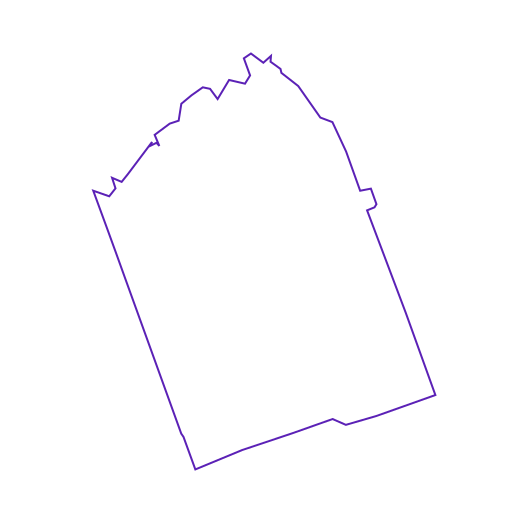 Copiah, Mississippi, United States of America, rotated 250°
{"feature_id": "52423323B66491934783020", "entity_name": "Copiah", "entity_type": "district", "adm_level": 2, "iso_a3": "USA", "parent_name": "United States of America", "parent_adm1": "Mississippi", "projection": "albers", "projection_center": [-90.323, 31.868], "detail": "fine", "context": "isolated", "style": "outline", "palette": "violet", "viewbox_px": 512, "rotation_deg": 250, "n_neighbors": 0, "source": "geoboundaries", "source_scale": "gbopen_adm2", "svg_char_len": 782}
<svg xmlns="http://www.w3.org/2000/svg" viewBox="0 0 512 512"><g transform="rotate(250 256 256)"><path d="M64.5,314.1L64.0,377.0L151.1,377.3L260.9,376.0L261.2,384.0L263.5,386.9L280.0,387.0L281.7,376.2L323.3,376.4L355.7,373.6L364.1,363.8L401.3,353.8L419.4,342.5L423.4,343.0L433.6,336.1L438.9,338.5L435.1,329.0L448.0,320.5L445.9,312.2L427.7,312.2L421.7,304.6L430.6,290.9L416.6,273.6L428.8,270.0L432.7,263.7L429.1,250.5L424.6,237.9L409.6,229.6L409.9,220.2L404.5,202.2L392.5,202.8L396.4,201.2L395.7,194.7L398.7,197.3L376.7,163.5L371.6,155.1L378.7,147.5L367.6,147.1L362.3,138.5L373.0,125.4L330.0,125.5L309.9,125.5L307.1,125.5L280.5,125.4L114.6,125.0L110.8,126.0L76.2,126.0L78.4,176.7L77.0,229.4L76.6,272.2L66.6,282.7L64.5,314.1Z" fill="none" stroke="#5b21b6" stroke-width="2"/></g></svg>